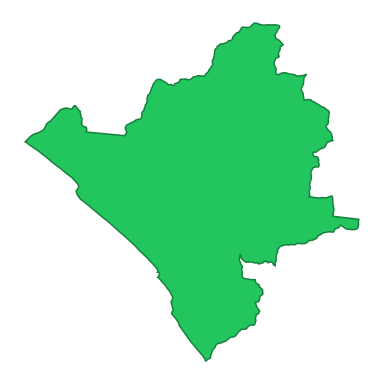 outline of Trujillo, La Libertad, Peru
{"feature_id": "86281439B80561874516771", "entity_name": "Trujillo", "entity_type": "district", "adm_level": 2, "iso_a3": "PER", "parent_name": "Peru", "parent_adm1": "La Libertad", "projection": "albers", "projection_center": [-78.886, -8.084], "detail": "fine", "context": "isolated", "style": "filled", "palette": "green", "viewbox_px": 384, "rotation_deg": 0, "n_neighbors": 0, "source": "geoboundaries", "source_scale": "gbopen_adm2", "svg_char_len": 5937}
<svg xmlns="http://www.w3.org/2000/svg" viewBox="0 0 384 384"><path d="M25.2,141.9L27.3,143.1L29.6,145.0L38.7,151.2L42.5,154.3L44.9,156.0L51.2,161.4L58.1,166.8L61.1,168.8L64.3,171.8L72.2,177.8L78.4,184.8L78.5,187.3L77.7,189.0L76.6,190.0L76.3,190.9L76.3,191.8L77.5,195.1L80.6,199.4L82.5,200.6L83.9,201.9L86.9,204.1L103.4,218.0L108.1,221.5L119.2,231.6L123.9,235.5L134.9,245.6L139.5,250.7L147.9,258.5L149.1,260.2L151.6,262.6L156.0,267.4L156.6,268.5L157.3,269.2L157.4,270.1L158.0,271.3L157.4,272.3L158.3,272.2L158.9,272.5L159.4,273.7L159.0,274.6L158.8,276.3L157.6,277.2L158.4,277.6L166.0,286.3L167.3,288.5L169.7,291.2L170.4,292.9L172.5,296.7L172.7,297.7L172.6,298.6L171.0,302.3L171.5,303.4L173.1,309.9L173.0,310.9L171.9,311.9L171.7,312.3L171.7,313.1L172.2,314.5L175.8,318.6L178.1,321.9L178.6,322.9L179.4,325.7L187.5,337.1L191.3,342.3L200.9,353.8L202.3,355.2L203.9,357.5L205.8,361.0L208.3,359.0L210.4,358.0L211.0,354.3L211.7,353.0L212.2,350.8L213.6,348.8L214.8,347.8L215.8,345.2L216.4,344.4L217.0,344.0L220.6,342.9L222.1,342.7L223.0,341.9L223.9,341.5L225.2,341.5L230.5,337.2L231.7,336.8L232.7,337.1L234.2,336.7L235.0,336.0L235.9,335.6L236.3,334.5L237.6,333.2L238.7,331.5L239.8,330.9L241.0,329.5L242.2,329.2L245.9,329.1L246.4,328.8L248.4,326.3L250.7,324.8L253.0,325.2L254.6,324.8L255.9,320.5L255.4,318.6L256.1,315.7L256.6,314.5L258.6,313.6L259.6,311.2L259.5,310.6L257.1,307.7L255.4,302.7L256.6,302.1L258.0,301.9L259.0,301.2L259.6,299.4L259.6,297.4L260.7,295.8L262.5,294.5L262.9,294.0L262.6,290.0L262.4,289.5L260.1,287.4L259.2,287.1L259.5,285.7L259.2,285.1L255.9,282.8L255.4,281.7L255.4,279.8L255.2,279.6L250.6,279.7L248.6,279.1L245.4,278.8L242.5,277.4L242.1,276.3L242.2,272.4L241.6,269.3L242.2,268.0L242.1,265.8L240.8,264.1L240.4,262.3L239.4,260.3L239.7,258.1L239.5,256.1L240.1,255.1L240.6,254.9L240.8,256.7L242.1,259.1L243.4,260.4L244.2,260.8L246.0,262.3L248.6,262.2L249.9,261.6L255.2,263.0L256.8,262.5L257.5,263.4L258.6,263.9L260.5,263.6L261.7,263.0L263.0,262.8L263.5,262.5L264.1,261.4L265.5,261.4L265.8,261.0L266.2,260.9L267.3,262.3L268.5,262.8L269.8,261.8L271.8,262.1L273.1,263.5L273.3,264.4L273.6,264.8L275.0,265.8L275.3,264.8L275.0,263.7L275.1,262.8L276.1,261.1L276.1,256.4L276.9,253.5L277.6,252.4L277.6,249.5L278.9,248.3L279.8,246.9L280.4,246.3L285.3,244.8L289.6,245.0L290.8,244.5L291.7,244.5L293.4,244.8L295.4,244.6L296.8,243.6L297.8,243.3L302.3,243.8L305.3,243.5L306.2,243.1L308.5,241.0L309.4,240.6L313.2,240.0L315.1,238.9L316.6,238.4L318.2,235.5L319.8,235.0L321.8,233.9L322.6,233.1L326.6,232.1L328.2,231.9L331.1,231.8L332.8,232.2L333.4,232.0L334.7,229.2L338.5,227.7L339.3,227.1L340.1,225.5L340.5,225.3L340.8,225.3L342.1,226.0L346.2,229.0L353.2,229.7L355.9,229.3L356.7,228.9L357.7,228.0L358.2,226.2L358.6,223.9L358.3,222.3L358.8,219.3L333.1,216.3L333.2,214.1L333.9,209.5L332.9,203.5L332.8,199.7L332.6,198.1L331.9,196.0L330.2,196.4L326.8,197.7L325.2,197.8L321.2,197.6L318.4,198.0L313.5,197.4L310.1,196.5L309.1,196.8L309.7,195.2L309.2,191.1L309.8,189.6L310.2,187.6L309.5,183.9L310.9,180.1L311.3,177.7L311.4,175.3L310.8,173.4L310.9,172.0L313.0,167.8L315.6,166.8L317.9,167.1L318.4,166.9L319.2,165.3L318.8,163.3L318.4,162.2L318.8,160.1L317.8,157.5L317.1,156.8L314.4,156.5L313.8,156.1L313.0,154.4L313.0,152.5L313.9,152.1L316.1,152.1L316.9,151.3L318.5,150.2L319.4,149.3L323.9,147.7L325.1,146.7L326.8,143.0L327.5,142.3L329.4,141.7L330.5,140.9L331.3,140.8L332.1,140.9L332.9,140.6L332.4,140.2L332.2,139.5L332.1,136.9L331.5,134.2L330.0,131.4L329.0,130.9L328.1,129.9L325.9,126.6L325.8,126.2L327.7,124.3L328.3,122.9L328.3,118.7L328.8,117.1L328.8,115.1L329.2,113.4L329.1,111.7L328.5,110.9L327.4,110.0L326.2,109.5L324.5,107.7L322.2,106.9L318.4,104.5L316.3,103.5L314.5,102.1L312.6,101.6L310.9,99.8L309.8,99.9L308.0,99.4L306.1,99.9L304.0,100.1L303.1,93.3L301.2,90.0L301.3,88.8L302.1,86.6L303.4,84.3L303.9,78.3L304.6,76.7L306.7,74.0L305.3,74.8L303.4,75.4L298.2,76.1L296.9,76.0L294.6,74.7L288.7,73.8L287.4,73.3L285.5,72.8L282.5,72.8L277.9,74.7L277.2,74.7L275.9,74.1L276.1,68.5L274.4,65.4L274.1,63.7L274.2,62.0L275.7,58.5L277.4,57.5L278.6,57.3L279.1,56.9L278.4,53.5L278.5,52.8L280.2,49.3L280.1,47.6L280.3,46.9L283.1,44.6L280.8,42.3L279.6,40.6L276.5,38.8L275.5,37.7L275.2,36.7L275.1,34.7L275.8,33.3L276.8,32.2L277.8,29.5L278.9,28.4L279.6,27.2L279.7,26.3L279.5,25.9L278.5,25.4L275.1,24.8L270.3,25.0L268.4,24.8L263.5,25.2L259.9,24.4L257.3,23.4L254.6,23.0L251.9,25.0L249.9,27.3L246.5,27.4L242.6,27.1L242.1,27.4L241.4,28.1L240.0,30.6L238.8,32.3L236.7,32.8L233.9,35.5L233.5,36.3L232.8,37.1L232.7,38.3L231.8,39.8L230.7,40.4L228.6,40.7L227.6,42.1L225.4,43.1L222.2,43.9L220.9,43.8L217.2,46.5L217.0,47.9L215.5,48.9L214.8,50.4L214.1,56.8L212.4,60.9L212.3,62.1L212.8,64.4L212.3,65.5L211.4,66.2L210.2,68.8L208.9,70.0L208.4,71.7L206.0,73.7L203.9,76.5L201.9,75.9L200.6,76.1L199.8,75.7L198.4,75.6L195.7,76.6L193.5,76.9L190.6,79.4L189.2,79.8L188.3,79.8L185.7,79.0L184.6,78.9L182.6,79.3L180.6,79.2L180.1,79.6L179.3,81.6L177.4,82.9L176.1,83.2L175.0,83.7L174.0,85.4L172.4,85.3L170.8,84.5L169.3,84.8L168.1,84.5L166.3,82.8L162.9,80.9L161.9,80.1L161.0,79.7L158.6,79.2L156.6,79.9L153.1,84.3L152.6,86.5L151.9,87.5L150.3,92.3L149.2,94.1L147.8,95.3L147.0,99.2L147.0,102.1L146.6,103.2L145.4,104.8L144.9,107.4L144.3,108.3L143.9,110.3L142.9,111.2L142.1,112.3L141.7,114.1L142.0,115.1L142.0,115.9L140.7,118.9L140.2,119.2L138.3,119.3L135.8,120.0L133.0,122.2L130.8,122.7L129.3,123.9L126.5,125.2L125.3,127.8L125.8,129.9L126.9,132.2L126.3,132.8L124.6,135.7L86.2,132.0L86.8,129.9L86.6,128.6L86.2,127.2L83.8,126.7L82.4,125.6L81.6,123.8L82.0,118.5L80.8,116.4L80.7,114.2L80.2,113.1L80.3,111.8L80.1,111.1L78.1,109.7L76.5,107.0L75.2,105.8L74.6,105.6L74.0,105.9L72.1,108.7L71.5,109.0L70.5,109.3L69.7,108.8L66.7,108.0L63.9,108.5L60.6,109.6L50.3,121.3L49.8,121.4L48.8,122.0L46.5,124.0L44.0,129.5L43.3,129.6L42.4,130.7L41.4,131.0L40.2,131.8L37.4,133.1L36.6,133.1L35.3,133.6L33.3,134.5L31.0,136.0L30.0,136.8L27.5,139.7L26.2,140.5L25.2,141.9Z" fill="#22c55e" stroke="#15803d" stroke-width="1.5"/></svg>